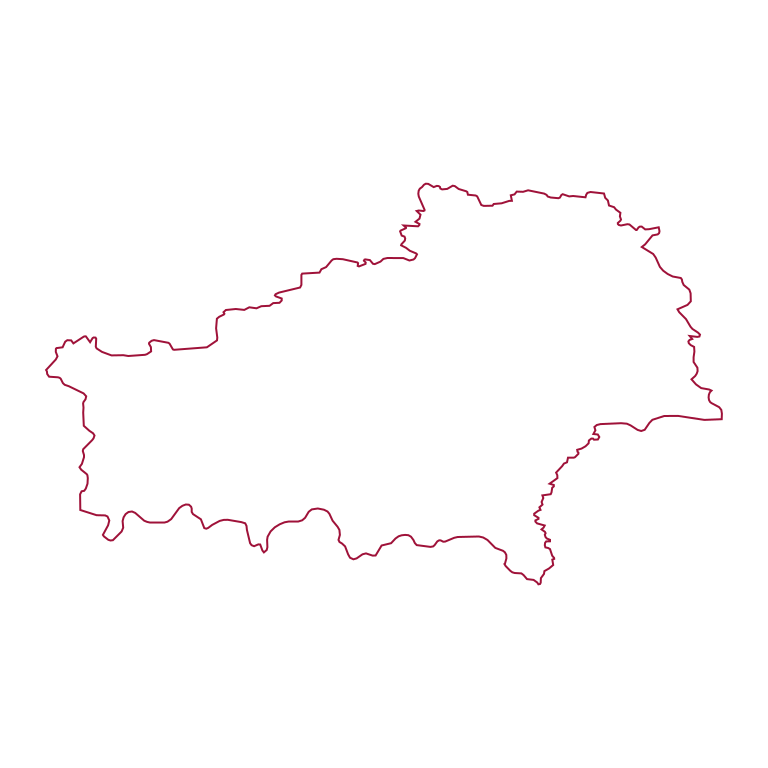 map outline of Gomel (Equal Earth projection)
{"feature_id": "BLR-2339", "entity_name": "Gomel", "entity_type": "Region", "adm_level": 1, "iso_a3": "BLR", "parent_name": "Belarus", "parent_adm1": "", "projection": "equal_earth", "projection_center": [29.578, 52.294], "detail": "fine", "context": "isolated", "style": "outline", "palette": "rose", "viewbox_px": 768, "rotation_deg": 0, "n_neighbors": 0, "source": "natural_earth", "source_scale": "10m", "svg_char_len": 6055}
<svg xmlns="http://www.w3.org/2000/svg" viewBox="0 0 768 768"><path d="M704.4,419.9L678.0,415.9L664.2,416.0L652.4,419.8L649.4,422.9L644.7,429.8L641.2,431.0L637.6,429.9L630.6,425.4L626.9,423.7L621.1,423.2L600.5,424.1L596.8,425.0L594.4,427.0L595.4,430.3L593.4,434.0L597.8,434.5L599.3,437.0L597.9,439.5L594.0,439.7L593.0,438.6L591.3,438.6L588.9,440.5L588.6,443.3L585.5,446.3L581.5,448.6L577.2,449.8L577.5,451.7L578.4,452.5L578.4,453.8L575.0,457.2L573.7,457.7L568.0,457.7L567.0,462.3L563.9,463.6L562.2,466.1L556.1,472.6L557.3,475.2L557.4,478.1L549.6,483.7L553.8,485.0L553.8,486.4L552.2,487.8L551.5,492.4L550.7,494.2L542.4,495.4L543.3,498.0L541.6,502.0L542.5,504.6L539.4,507.3L540.5,509.9L538.5,510.6L534.2,513.7L534.2,515.2L538.5,517.8L538.5,518.9L535.4,520.4L535.4,521.6L537.1,523.4L544.7,525.5L543.6,527.6L541.5,529.4L544.9,531.8L545.6,533.2L544.8,534.7L545.5,537.0L546.8,538.5L550.0,539.8L550.0,541.3L546.2,541.4L545.1,542.8L544.8,545.2L545.4,547.4L548.2,548.0L550.0,549.1L552.2,555.7L554.1,557.9L554.2,558.9L552.3,559.6L553.2,565.0L549.0,568.5L544.4,571.1L544.0,573.9L540.9,578.1L540.7,582.7L540.0,584.0L538.4,584.3L537.2,582.5L533.6,579.9L527.0,579.1L523.6,575.1L521.4,573.4L514.7,573.0L512.3,572.3L510.3,570.8L505.7,566.1L504.5,564.1L504.9,563.9L506.4,558.4L506.3,554.9L504.9,552.3L503.0,550.8L495.3,547.9L487.5,540.0L483.2,537.5L478.9,536.5L457.7,537.0L454.2,537.8L445.1,541.6L443.2,541.7L440.7,540.4L439.2,540.3L437.3,541.4L434.7,545.0L433.2,546.4L430.5,546.9L416.7,545.1L414.8,543.0L413.5,540.1L411.0,536.7L408.4,535.2L405.1,534.9L401.6,535.3L398.6,536.3L395.5,538.5L391.1,543.2L381.6,545.5L375.6,555.5L372.6,555.6L366.0,553.4L362.5,554.3L356.6,558.4L353.4,559.3L350.0,557.7L348.1,554.3L345.1,546.4L342.0,543.5L339.5,542.0L338.5,539.9L339.9,534.9L339.4,529.9L337.6,526.8L332.6,520.7L329.4,513.8L327.5,511.5L323.9,509.7L317.8,508.5L311.8,509.4L308.7,511.8L305.1,517.8L302.2,520.3L298.3,521.5L288.9,521.5L284.5,522.3L279.7,524.3L274.8,527.3L270.6,531.4L267.6,536.7L267.1,539.9L267.4,547.2L266.7,550.0L263.9,552.4L262.4,550.5L260.2,544.5L258.3,544.4L254.1,546.2L251.6,545.2L250.1,543.2L246.9,529.8L246.5,525.9L245.2,523.3L241.3,522.1L227.8,519.8L223.7,519.9L219.7,520.9L212.2,524.9L208.2,527.9L206.3,528.7L204.3,528.1L200.9,519.3L193.0,514.1L191.7,511.9L191.7,508.6L191.1,506.7L188.9,504.7L185.8,504.5L182.4,505.8L179.2,508.1L171.2,519.1L167.5,521.7L164.6,522.5L149.8,522.5L147.1,521.9L144.2,520.7L135.2,512.9L132.0,511.5L128.5,512.0L125.6,514.1L123.6,517.3L122.6,521.1L123.2,527.7L121.6,531.5L112.9,540.2L110.5,540.5L108.3,539.8L103.9,536.4L102.9,534.9L108.1,525.3L109.3,520.5L107.5,516.5L105.1,515.4L96.6,515.2L80.3,510.0L80.1,494.3L81.6,491.3L84.2,490.8L85.8,488.6L87.5,483.7L87.8,478.1L87.4,475.2L86.7,474.1L81.2,469.7L79.5,467.2L81.9,463.9L84.0,457.2L84.0,455.0L82.8,451.0L83.2,449.2L92.2,440.1L93.5,438.4L94.5,435.5L93.1,433.3L89.4,430.8L83.8,425.8L83.2,412.6L83.5,407.6L83.1,403.5L83.5,402.0L85.5,399.3L86.2,396.3L83.6,393.4L68.8,386.2L64.7,384.8L62.9,383.1L60.7,378.7L59.6,377.8L58.0,377.3L49.1,376.7L47.2,374.0L46.9,371.4L46.1,370.0L55.8,359.5L57.5,356.3L55.8,351.9L55.9,348.8L56.5,348.1L62.6,347.3L65.2,341.7L67.3,340.2L71.2,340.4L73.4,343.4L83.8,336.6L85.1,336.3L85.9,336.4L90.1,342.2L92.6,338.1L93.6,337.5L95.5,337.6L96.2,338.7L95.8,346.7L96.6,348.4L102.0,351.9L111.5,355.4L123.4,355.2L128.3,356.0L145.0,354.8L146.9,354.2L151.1,351.4L150.9,347.1L149.0,343.8L149.2,342.7L151.6,340.8L154.0,340.1L168.4,342.8L169.6,343.7L172.9,349.4L174.1,349.8L206.9,347.3L217.0,340.4L217.3,337.6L216.1,328.3L216.9,318.7L219.2,316.8L223.9,314.5L224.4,313.8L223.5,312.2L225.9,310.0L235.8,309.0L244.3,309.9L249.3,307.3L256.5,308.3L261.3,306.2L269.6,305.8L273.2,303.1L279.5,302.8L281.7,300.5L281.7,298.5L275.9,296.4L274.9,295.4L275.6,294.2L279.0,292.6L300.1,287.5L301.4,284.9L301.4,274.9L302.2,273.6L319.5,272.6L321.4,269.2L326.1,267.1L331.6,260.5L333.3,259.2L336.6,258.8L342.8,259.2L357.5,262.5L358.1,263.2L357.7,265.9L359.0,266.4L365.5,263.9L365.7,262.5L363.9,260.7L364.5,259.6L365.4,259.4L369.9,260.1L373.0,263.8L374.8,264.1L380.5,261.6L383.4,258.9L387.4,258.0L403.4,258.1L409.4,260.5L413.5,259.5L415.0,258.2L417.0,254.3L416.1,253.4L409.9,250.8L406.0,247.8L401.1,245.3L401.4,244.3L404.8,240.6L405.2,238.5L404.5,236.6L401.7,235.6L400.1,231.3L400.6,230.6L405.9,228.2L406.0,227.6L403.7,225.5L418.0,226.3L419.3,225.1L419.5,224.0L415.5,221.8L419.5,218.6L420.5,214.7L416.7,211.0L418.7,210.5L423.4,211.0L424.5,210.5L424.6,209.9L418.8,196.6L418.3,193.8L418.7,190.7L419.8,188.7L422.1,187.0L423.9,184.8L425.8,183.7L428.3,183.9L433.7,187.1L436.8,185.9L438.7,186.1L440.0,187.0L440.3,188.5L442.1,189.4L447.2,188.9L452.7,185.7L454.8,186.1L458.7,189.0L466.3,191.3L467.3,192.0L467.9,194.7L475.7,195.5L477.2,196.4L481.3,205.0L483.8,205.9L492.5,205.7L493.7,204.0L501.6,203.3L509.2,200.9L511.9,200.8L510.8,195.3L514.5,194.4L516.7,191.6L523.1,191.8L528.1,190.3L544.2,193.6L546.6,194.9L547.7,196.5L550.7,197.5L558.4,198.2L559.9,197.6L561.4,195.0L562.7,194.2L569.2,196.4L573.1,196.0L585.5,197.3L586.2,194.7L587.4,192.9L590.5,192.0L604.0,193.5L605.2,197.8L607.9,200.5L609.0,205.5L614.1,207.2L616.0,209.6L620.4,212.8L619.9,216.4L621.0,219.5L620.4,220.7L617.8,223.0L617.9,224.1L618.9,225.0L621.0,225.5L627.4,224.2L629.5,224.5L636.0,230.0L636.7,230.0L638.6,227.4L639.9,226.6L641.7,226.6L645.2,229.4L649.0,229.2L658.7,227.3L659.5,231.2L659.1,233.1L657.7,234.4L652.5,235.4L645.1,244.4L641.8,247.0L653.2,254.0L655.7,257.6L659.9,266.9L663.2,270.7L667.7,274.0L672.7,276.5L680.8,278.0L681.9,279.5L682.3,281.9L683.7,285.0L689.3,289.6L690.6,293.3L690.8,301.3L687.5,304.9L677.5,309.3L679.2,312.2L686.0,319.1L690.5,326.7L692.5,329.0L698.0,332.6L700.0,334.6L699.4,336.5L697.4,336.9L689.7,336.0L692.2,339.0L689.6,339.9L688.4,341.4L688.8,343.2L690.7,345.1L694.1,346.9L694.4,351.6L693.6,357.2L693.6,362.0L697.4,367.7L697.6,371.1L696.7,373.7L695.2,376.0L691.5,379.3L696.0,384.4L701.2,388.1L709.1,389.5L711.5,390.6L709.9,392.2L708.9,394.6L708.6,397.4L709.0,400.0L710.1,402.0L711.5,403.1L719.2,407.2L721.3,409.9L721.9,413.6L721.7,419.2L704.4,419.9Z" fill="none" stroke="#9f1239" stroke-width="2"/></svg>